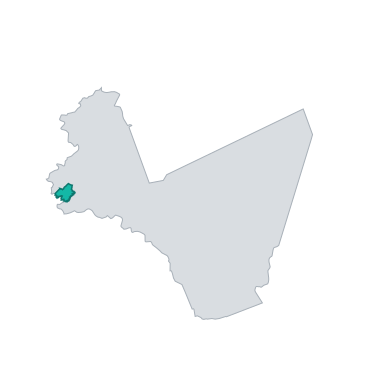 Kolondieba, Sikasso, Mali shown in context, rotated 70°
{"feature_id": "8926073B25086326483325", "entity_name": "Kolondieba", "entity_type": "district", "adm_level": 2, "iso_a3": "MLI", "parent_name": "Mali", "parent_adm1": "Sikasso", "projection": "robinson", "projection_center": [-6.6, 10.875], "detail": "fine", "context": "in_parent", "style": "filled", "palette": "teal", "viewbox_px": 384, "rotation_deg": 70, "n_neighbors": 0, "source": "geoboundaries", "source_scale": "gbopen_adm2", "svg_char_len": 7023}
<svg xmlns="http://www.w3.org/2000/svg" viewBox="0 0 384 384"><g transform="rotate(70 192 192)"><path d="M76.8,284.4L76.9,283.1L75.9,282.1L75.9,281.7L76.4,277.8L76.4,276.8L76.8,274.8L76.2,273.9L76.0,273.3L74.4,270.7L73.9,268.6L73.0,267.1L71.1,266.7L70.4,267.9L69.9,268.1L69.2,267.2L69.0,266.5L69.0,265.8L66.5,262.4L66.7,260.6L67.6,259.7L68.0,258.1L67.0,256.3L67.2,254.6L67.1,252.2L65.6,250.1L64.7,249.1L63.8,247.7L64.5,244.3L63.0,241.4L65.8,242.5L67.1,241.5L68.4,240.0L69.4,238.1L69.9,235.7L70.2,233.6L71.3,230.4L72.6,228.8L75.3,226.6L76.1,226.8L80.5,231.6L83.0,234.0L83.9,235.3L84.8,235.3L86.0,232.9L87.3,230.9L87.9,230.4L92.4,230.1L94.7,230.5L96.8,231.1L99.7,231.3L107.4,229.8L107.5,228.8L107.4,227.7L107.8,226.8L108.4,226.0L109.0,225.9L109.2,228.6L109.8,229.0L111.7,229.1L169.0,229.1L171.3,215.0L167.1,209.9L152.0,59.1L179.3,59.1L184.0,62.5L271.9,128.8L272.4,130.9L272.3,133.9L273.0,134.8L274.3,135.7L279.3,138.6L279.7,139.1L279.9,140.3L280.5,141.7L281.5,142.6L282.8,143.2L284.3,143.6L288.8,144.1L289.8,144.7L291.7,147.4L292.8,147.9L298.9,149.3L300.9,150.0L303.0,151.2L304.2,152.3L304.2,156.4L305.1,159.1L305.1,159.7L304.1,160.8L303.9,161.6L302.8,163.7L303.1,164.6L305.2,166.2L306.2,166.6L307.5,166.6L320.3,163.8L321.0,202.3L320.5,202.9L320.2,209.7L319.4,213.7L317.7,216.6L316.7,221.1L316.1,221.9L315.7,224.5L314.8,225.9L313.1,226.5L310.2,229.3L310.0,231.6L303.0,230.3L302.5,230.4L302.2,230.7L302.1,231.9L284.3,232.6L275.5,233.1L270.1,238.3L266.5,238.8L262.0,238.3L259.7,238.3L258.8,238.6L258.6,239.6L251.5,236.9L248.9,237.7L248.5,237.5L248.1,236.9L246.8,236.6L244.8,236.7L243.3,237.1L238.8,241.2L236.4,242.2L231.9,244.7L228.7,246.8L227.6,247.2L225.9,247.2L224.4,247.7L223.1,252.4L222.2,252.9L216.8,251.0L215.7,251.2L214.8,251.8L211.8,254.5L210.3,256.7L209.5,259.7L209.7,261.6L209.1,262.2L207.8,262.3L205.3,261.7L204.5,262.0L204.1,263.4L204.2,266.6L203.7,268.7L202.2,269.4L201.0,270.2L200.1,270.5L199.4,270.3L195.0,267.1L193.5,266.6L191.9,266.9L190.3,268.3L187.6,271.6L187.9,272.8L188.6,274.2L189.2,275.9L189.2,277.4L185.2,279.6L186.1,281.2L186.0,285.6L184.2,287.6L183.5,288.9L181.8,290.3L180.2,291.1L175.4,292.2L173.5,293.6L172.6,294.7L172.3,295.9L172.5,297.3L173.5,300.2L173.2,302.8L172.4,305.9L171.6,307.2L169.4,308.8L169.7,310.8L169.9,313.6L169.6,317.3L168.9,319.8L168.4,319.6L166.2,319.7L163.8,320.5L163.0,321.1L162.8,321.9L160.8,323.9L159.5,323.8L158.3,323.3L157.6,322.8L157.6,322.4L158.4,320.8L158.4,320.3L157.6,317.4L157.8,316.7L157.5,314.6L157.3,314.5L154.7,315.4L154.6,315.8L155.0,317.2L154.7,317.4L153.8,317.4L152.5,316.9L151.1,315.7L150.8,316.1L150.6,317.1L150.5,318.3L150.9,320.4L150.5,321.2L148.3,321.0L146.4,321.3L146.0,322.1L145.8,322.9L146.2,323.9L146.2,324.3L145.4,324.9L145.0,324.8L144.0,323.8L139.9,322.8L139.6,321.3L139.1,321.3L137.8,319.6L137.3,319.6L136.8,319.9L135.3,319.8L133.9,321.3L132.9,323.2L131.8,324.1L130.1,324.5L130.3,323.3L129.8,321.7L126.3,319.6L125.7,318.7L124.9,314.0L124.9,312.6L125.1,311.4L125.0,310.4L124.6,309.7L123.6,309.0L122.5,308.7L121.1,309.6L120.4,309.8L119.8,309.7L119.5,309.4L119.5,308.9L121.0,306.4L121.8,305.3L123.3,304.1L123.7,303.5L123.7,303.0L123.6,302.6L122.6,302.2L121.0,301.0L120.2,300.9L119.5,300.3L118.8,298.5L118.5,298.1L117.7,297.9L117.1,297.5L117.1,293.0L115.6,289.7L114.3,285.5L113.6,284.4L112.4,283.6L110.9,283.0L109.6,282.9L108.1,283.3L108.1,283.7L108.9,285.1L109.1,285.9L109.0,286.6L108.7,287.1L106.6,287.6L104.0,289.1L103.1,290.9L102.4,291.1L101.4,290.9L94.3,287.8L91.3,289.2L89.3,291.8L88.9,292.7L87.9,293.4L87.4,293.5L86.9,293.0L84.8,288.9L83.9,288.0L82.8,287.9L81.9,288.6L80.9,289.9L79.6,291.2L78.8,291.6L78.1,291.4L75.2,288.7L75.0,288.1L76.3,284.9L76.8,284.4Z" fill="#d9dde1" stroke="#a8b0b8" stroke-width="1"/><path d="M146.7,321.1L146.8,321.1L147.0,321.1L147.2,321.3L147.3,321.3L147.4,321.2L147.6,321.2L147.6,321.3L147.8,321.3L147.9,321.2L148.0,321.3L148.0,321.2L148.3,321.0L148.4,320.9L148.5,320.8L148.6,320.7L148.8,320.6L148.9,320.8L149.0,320.9L149.6,321.0L149.9,321.1L150.0,321.2L150.1,321.3L150.3,321.4L150.5,321.4L150.8,321.2L151.0,321.1L151.3,321.0L151.2,320.9L151.2,320.7L151.3,320.6L151.2,320.5L151.1,320.4L151.3,320.3L151.4,320.1L151.5,319.9L151.5,319.7L151.4,319.7L151.3,319.4L151.2,319.4L150.9,319.2L150.7,319.2L150.8,319.1L150.8,318.9L150.7,318.8L150.7,318.7L150.8,318.5L150.8,318.4L150.7,318.3L150.7,318.1L150.8,317.9L150.9,318.0L151.0,317.9L150.9,317.8L150.9,317.7L150.9,317.4L150.9,317.2L151.0,317.0L150.9,316.9L150.8,316.6L150.9,316.4L150.9,316.2L151.0,316.2L151.3,316.1L151.1,316.1L151.1,315.7L151.3,315.6L151.4,315.4L151.5,315.5L151.8,315.6L151.9,315.9L151.9,316.1L152.0,316.1L152.1,316.3L152.3,316.4L152.5,316.4L152.6,316.5L152.8,316.6L152.9,316.8L153.0,316.9L153.2,317.0L153.4,317.1L153.5,317.2L153.8,317.1L154.0,317.2L154.3,317.2L154.4,317.3L154.7,317.5L154.7,317.4L154.9,317.1L155.0,317.0L155.1,316.9L155.1,316.7L155.0,316.4L155.0,316.2L154.9,315.8L154.9,315.6L154.9,315.3L154.9,315.1L155.0,314.9L155.3,314.9L155.5,314.9L155.6,315.0L155.9,315.1L156.0,315.2L156.3,315.2L156.4,315.3L156.4,315.2L156.7,314.9L156.9,314.8L157.3,314.4L157.5,314.3L157.5,314.2L157.9,313.9L157.9,313.7L157.6,313.5L157.5,313.4L157.5,313.2L157.8,313.2L158.1,313.2L158.3,313.1L158.2,312.7L157.8,312.5L157.9,312.4L158.0,312.4L158.2,312.2L158.3,312.2L158.2,312.0L158.2,311.9L158.1,312.0L157.9,312.0L157.9,311.9L157.9,311.7L157.6,311.8L157.5,312.0L157.4,312.0L157.3,311.9L157.3,311.6L157.4,311.4L157.4,311.1L157.6,310.8L157.6,310.7L157.6,310.4L157.4,310.4L157.4,310.2L157.6,310.0L157.5,309.9L157.4,309.9L157.3,309.7L156.9,309.9L156.7,309.9L156.7,309.7L156.5,309.4L156.3,309.4L156.2,309.4L156.2,309.2L156.3,308.9L156.2,308.8L156.1,309.0L155.9,309.2L155.7,309.0L155.7,308.9L155.8,308.6L155.8,308.4L155.7,308.3L155.5,308.2L155.4,308.3L155.0,308.5L155.0,308.3L155.2,308.1L155.2,307.9L155.1,307.7L154.9,307.6L154.5,307.6L154.4,307.6L154.2,307.4L154.2,307.2L154.3,307.2L154.5,307.2L154.7,306.7L154.5,306.3L154.5,306.2L154.4,306.0L154.4,305.9L154.2,305.9L154.0,305.6L153.9,305.4L153.9,305.2L154.0,304.9L154.0,304.6L154.1,304.3L154.1,304.2L153.9,304.0L153.7,304.0L153.4,304.2L153.2,304.3L153.0,304.6L153.0,305.0L152.9,305.2L152.7,305.3L152.5,305.1L152.6,304.5L152.7,304.3L152.8,304.1L152.8,303.9L153.0,303.5L153.1,303.4L153.0,303.2L153.0,302.9L153.1,302.7L152.8,302.4L152.7,302.3L152.3,302.1L151.7,302.5L151.6,302.8L151.6,303.1L151.4,303.2L151.2,302.9L151.2,302.7L150.9,302.8L150.8,303.0L150.5,303.7L150.1,304.2L149.7,303.9L148.7,304.1L148.6,304.3L148.1,304.4L147.2,303.6L146.6,303.4L146.4,303.1L145.3,302.7L144.7,302.2L143.7,303.7L141.8,305.3L143.0,308.1L143.3,308.3L143.8,310.3L144.5,311.1L145.0,311.4L145.3,311.9L145.3,312.3L145.3,312.5L145.4,312.8L145.2,312.8L145.1,313.0L144.9,313.1L144.8,313.4L144.7,313.3L144.6,313.5L144.4,313.7L144.3,314.0L144.1,314.1L144.2,314.3L144.1,314.5L143.9,314.6L144.0,314.6L144.0,314.8L143.9,314.7L143.7,314.8L143.8,314.9L143.7,315.0L143.8,315.0L144.0,315.2L144.1,315.3L144.1,315.6L144.2,315.8L144.3,316.0L144.2,316.1L144.4,316.5L146.2,320.1L146.6,320.9L146.7,321.1Z" fill="#14b8a6" stroke="#0f766e" stroke-width="1.5"/></g></svg>